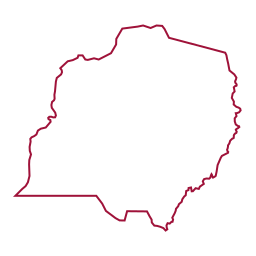 outline of Bakouma, Mbomou, Central African Republic
{"feature_id": "33826404B59000496677715", "entity_name": "Bakouma", "entity_type": "district", "adm_level": 2, "iso_a3": "CAF", "parent_name": "Central African Republic", "parent_adm1": "Mbomou", "projection": "mercator", "projection_center": [22.809, 5.544], "detail": "fine", "context": "isolated", "style": "outline", "palette": "rose", "viewbox_px": 256, "rotation_deg": 0, "n_neighbors": 0, "source": "geoboundaries", "source_scale": "gbopen_adm2", "svg_char_len": 2197}
<svg xmlns="http://www.w3.org/2000/svg" viewBox="0 0 256 256"><path d="M225.2,52.7L169.0,37.8L164.6,29.1L162.2,25.9L156.5,25.5L150.6,28.0L143.1,25.5L137.7,26.6L122.3,28.6L116.3,38.9L116.1,44.5L111.0,53.2L98.7,59.5L94.0,58.3L87.8,59.9L85.3,59.5L82.6,55.4L78.4,55.4L77.6,57.8L72.8,60.1L67.7,61.3L60.3,68.2L61.7,70.2L62.0,72.2L61.1,74.4L56.8,77.9L55.9,81.5L55.0,91.4L54.4,94.7L54.6,98.8L54.0,100.3L52.1,101.9L51.4,105.0L51.8,107.8L55.2,112.6L55.9,115.5L55.1,117.3L53.2,117.4L51.2,116.7L49.3,116.8L48.2,117.9L48.6,119.2L50.3,120.0L50.6,121.8L45.8,127.5L40.8,128.7L37.9,130.6L36.4,134.5L34.2,136.1L31.6,137.3L30.3,138.9L30.6,141.6L29.6,146.9L29.8,150.9L31.0,154.4L29.3,160.0L29.1,164.3L29.5,176.0L27.9,182.3L25.6,186.1L22.3,188.9L15.4,195.8L96.3,195.8L102.2,203.6L105.9,210.9L115.5,218.1L119.6,220.4L124.6,220.5L127.1,211.2L147.0,211.4L149.7,216.5L151.6,219.6L151.8,222.5L154.3,225.6L157.1,225.9L160.3,226.8L163.4,228.1L165.6,230.5L167.3,229.3L166.7,227.4L166.5,225.4L167.6,223.2L169.7,223.6L171.5,221.8L172.5,221.8L173.1,219.6L172.3,217.7L174.7,213.2L175.7,210.7L176.0,208.8L178.2,206.2L178.9,204.2L181.7,201.8L182.3,199.3L184.2,196.5L185.7,195.3L186.2,191.0L188.4,190.1L188.6,188.0L191.0,187.5L191.7,191.3L192.9,191.2L195.6,188.2L198.8,188.9L199.9,186.6L202.5,184.8L203.8,183.9L202.8,181.3L204.1,179.1L206.5,178.5L209.1,178.7L210.3,177.6L211.0,175.2L211.5,174.2L212.1,175.2L212.4,176.7L213.0,177.6L214.8,176.6L215.7,175.9L216.6,171.6L217.6,165.1L220.8,157.7L221.9,155.9L228.0,152.8L228.2,151.9L227.4,151.0L227.1,149.6L227.6,148.5L228.0,146.5L228.0,145.4L229.3,143.5L230.2,140.7L232.2,138.7L233.6,138.1L233.8,137.1L233.8,135.6L234.1,134.7L235.1,133.5L236.3,132.9L236.7,131.7L236.2,130.8L235.8,129.7L236.3,129.1L237.9,128.2L239.3,127.0L238.9,126.2L238.4,126.3L235.8,124.5L234.8,121.5L234.7,118.3L236.5,116.1L235.8,113.2L237.0,113.1L239.1,112.3L240.6,110.4L240.2,108.7L238.6,107.6L236.3,106.8L233.7,104.5L233.9,101.6L231.8,97.9L232.4,95.0L232.7,93.5L234.6,91.5L234.1,88.7L233.8,87.3L235.2,86.0L236.4,85.8L236.7,85.0L236.4,84.0L235.3,82.7L235.1,81.3L236.0,79.3L236.4,77.6L234.3,74.4L229.5,70.5L228.7,66.4L228.2,63.7L227.1,58.9L226.4,55.2L225.2,52.7Z" fill="none" stroke="#9f1239" stroke-width="2"/></svg>